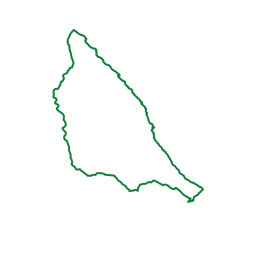 the district of Somondoco, Boyacá, Colombia, rotated 298°
{"feature_id": "7082276B21743509672590", "entity_name": "Somondoco", "entity_type": "district", "adm_level": 2, "iso_a3": "COL", "parent_name": "Colombia", "parent_adm1": "Boyacá", "projection": "equal_earth", "projection_center": [-73.436, 4.962], "detail": "fine", "context": "isolated", "style": "outline", "palette": "green", "viewbox_px": 256, "rotation_deg": 298, "n_neighbors": 0, "source": "geoboundaries", "source_scale": "gbopen_adm2", "svg_char_len": 5766}
<svg xmlns="http://www.w3.org/2000/svg" viewBox="0 0 256 256"><g transform="rotate(298 128 128)"><path d="M174.1,35.3L173.4,37.4L173.0,37.7L170.7,38.9L168.8,40.6L166.7,42.9L165.2,43.9L163.9,45.0L161.0,48.3L160.0,49.2L159.2,49.6L157.3,49.7L155.6,50.2L155.2,50.1L153.9,48.6L153.3,48.4L152.1,48.8L151.7,48.7L150.3,47.9L150.0,47.9L149.1,48.3L148.5,48.4L148.1,48.4L145.3,46.4L144.6,46.1L143.5,46.2L143.0,46.6L142.1,47.7L141.3,48.3L139.5,48.1L138.6,48.2L137.5,47.4L137.1,47.2L135.4,47.6L133.7,48.1L131.5,47.7L130.4,47.9L129.9,47.8L129.5,47.4L128.9,46.7L128.3,45.7L127.6,45.0L126.9,44.8L126.1,44.8L125.3,45.1L124.0,45.9L122.8,46.9L122.1,47.2L120.7,47.4L120.2,47.7L120.0,48.2L120.1,49.1L120.3,49.7L120.3,50.3L120.1,50.9L119.8,51.5L119.2,51.7L117.5,51.8L116.4,51.6L115.9,51.8L115.6,52.2L115.6,52.8L115.6,53.5L115.7,54.8L115.7,55.4L115.2,56.1L114.6,56.4L114.1,56.5L113.6,56.5L112.5,55.9L112.1,55.9L111.6,56.0L111.2,56.5L110.9,57.2L110.4,59.6L110.3,61.3L109.7,63.8L109.2,64.8L108.7,65.6L107.6,66.3L105.6,67.0L104.9,67.6L104.2,68.9L103.6,69.8L102.6,70.9L101.9,71.5L101.2,71.8L100.5,71.7L99.1,71.3L97.5,70.4L96.9,70.5L96.3,71.2L95.9,72.0L95.2,74.4L94.9,75.0L94.5,75.4L93.3,76.0L91.9,75.9L91.0,75.6L90.4,75.7L89.4,76.1L89.0,76.5L88.5,77.2L88.2,78.1L87.6,80.6L87.1,81.2L86.5,81.5L84.1,84.4L83.5,84.8L80.9,86.2L80.4,86.6L78.4,88.9L77.6,89.7L76.7,90.4L74.3,91.5L73.8,92.8L71.9,94.6L71.2,95.0L70.1,95.0L69.7,95.2L69.1,95.9L68.9,97.0L68.8,98.3L68.6,99.2L67.7,100.7L67.2,101.9L67.2,102.3L67.5,103.0L68.5,104.0L68.8,104.5L69.0,105.0L68.3,106.8L68.3,107.8L67.9,109.8L67.6,112.0L67.1,114.2L66.9,114.6L67.7,116.2L68.5,117.8L68.7,118.0L69.1,118.2L69.9,118.7L70.6,119.8L70.9,120.6L71.2,121.2L71.9,121.5L73.1,121.6L73.4,121.9L74.3,122.9L74.4,123.8L75.2,124.9L76.0,127.1L76.1,128.6L76.0,129.9L76.6,131.0L77.8,134.1L78.4,135.2L78.5,135.8L79.1,137.0L79.4,137.9L79.3,138.7L78.9,139.4L78.6,140.9L77.9,142.2L77.1,144.2L76.9,145.0L76.9,146.9L76.8,147.5L76.5,148.0L76.1,148.4L75.9,148.8L75.6,152.4L75.3,154.0L74.6,154.8L74.2,155.7L74.1,157.1L73.9,158.1L73.6,158.5L73.0,158.9L73.2,159.3L74.4,160.5L74.8,161.7L75.1,162.2L76.2,162.7L76.6,163.3L76.9,163.9L77.2,166.0L77.5,166.0L78.4,165.4L80.1,165.0L82.5,165.3L83.3,165.1L83.7,165.3L86.0,167.9L86.5,169.0L86.8,169.5L90.3,172.0L90.6,173.8L93.9,175.4L94.0,177.2L93.9,185.9L94.9,186.5L95.3,186.9L95.7,188.1L95.9,189.8L95.8,191.0L95.1,193.7L95.1,195.3L95.2,195.8L95.6,197.6L97.4,198.2L97.7,198.4L97.7,198.6L97.0,202.5L96.3,205.0L95.3,208.0L95.0,208.9L94.8,216.5L94.1,216.4L92.9,216.0L91.3,216.0L92.0,217.0L92.6,217.5L93.5,218.4L94.2,219.6L94.6,219.7L95.5,219.0L96.6,219.2L97.9,218.7L99.2,219.2L99.5,219.6L101.1,220.6L102.3,221.0L102.7,221.2L104.0,221.1L104.8,221.7L107.4,222.5L108.8,223.1L109.1,222.6L109.5,221.9L109.9,220.7L109.9,219.8L109.6,218.5L110.1,216.0L110.1,215.0L110.3,211.8L109.9,209.9L109.8,208.1L109.9,207.5L110.2,206.9L110.2,206.3L110.4,205.8L110.4,205.2L110.0,203.2L110.4,202.0L111.5,200.5L112.0,199.5L112.5,196.7L112.4,195.2L112.5,194.9L113.0,194.1L114.5,192.9L114.7,192.6L114.9,190.9L115.4,189.5L116.2,187.8L116.5,187.0L116.6,185.3L116.6,184.6L118.0,183.0L118.4,182.7L118.7,182.4L119.0,181.5L119.5,181.1L121.0,178.6L121.3,178.3L121.9,176.7L122.5,176.2L123.0,175.3L123.6,173.5L124.3,172.6L124.3,171.7L124.5,171.5L124.6,170.7L125.2,170.2L125.2,169.7L125.0,169.0L125.1,168.5L125.8,167.9L125.9,167.6L126.6,166.6L126.9,165.5L127.3,163.7L127.9,162.9L128.3,162.0L128.4,161.2L128.6,160.8L129.3,160.0L129.4,159.6L129.4,159.0L129.5,158.8L129.8,157.7L130.2,157.2L130.6,157.0L130.8,156.7L131.1,156.5L131.4,155.5L132.3,155.3L133.0,154.7L133.4,154.5L133.8,154.1L134.6,153.9L135.0,153.3L135.5,153.1L135.7,152.8L135.8,152.5L135.6,152.1L135.7,151.9L136.5,151.1L137.2,149.9L137.5,149.8L138.3,150.4L138.9,150.1L139.1,150.1L139.5,149.8L140.0,150.1L140.3,150.7L140.6,150.8L141.0,150.6L141.0,150.3L141.0,150.0L140.8,149.2L141.3,149.1L141.6,148.6L142.1,148.5L142.4,148.2L142.8,147.3L142.8,146.8L142.8,146.3L142.4,145.8L142.5,145.1L142.8,144.5L143.6,143.7L144.0,142.8L145.3,141.9L145.9,141.1L147.4,139.7L148.5,138.0L149.0,137.8L149.6,138.0L150.0,138.0L150.5,137.3L150.6,136.5L151.0,135.9L152.1,135.7L152.3,135.6L152.4,135.4L152.8,135.1L153.4,135.0L153.6,133.8L154.1,133.6L154.6,133.0L155.1,130.5L155.5,129.6L155.4,128.8L155.5,128.7L156.1,128.7L156.5,128.0L157.0,128.5L157.2,128.2L157.2,127.7L157.6,127.4L157.6,126.9L157.4,126.5L157.5,126.3L158.6,124.4L158.7,122.7L158.8,122.3L159.4,121.8L159.5,121.5L159.4,121.1L159.4,120.8L159.8,119.8L160.1,118.1L160.3,117.7L160.8,117.6L160.9,117.4L161.0,117.1L161.0,116.4L161.4,115.1L162.4,114.6L163.4,113.8L163.6,113.4L163.6,112.5L163.5,111.8L163.7,111.0L163.5,110.6L163.5,110.3L163.8,109.0L164.0,108.7L164.4,108.6L164.6,108.1L164.5,107.1L165.0,106.6L165.2,105.6L165.5,105.0L167.5,103.4L167.6,102.8L167.1,101.7L167.0,101.2L167.6,100.4L167.6,98.9L168.3,97.2L168.3,95.8L168.7,95.4L169.6,94.6L169.8,94.6L169.9,95.5L170.3,95.9L170.5,95.9L170.8,95.7L171.1,95.2L171.7,91.6L172.1,90.6L172.0,89.0L172.3,86.8L173.1,84.5L173.8,83.7L174.3,82.9L174.4,81.4L174.0,80.4L174.1,79.4L173.8,78.8L173.9,77.9L174.9,75.2L175.1,74.9L176.0,74.6L176.2,74.4L176.3,74.0L176.6,73.7L176.7,72.8L177.1,72.2L177.2,71.9L176.9,70.9L177.1,70.2L177.1,69.3L176.7,68.5L176.7,68.0L177.4,66.9L177.6,65.9L177.7,65.7L178.4,65.6L179.2,64.9L179.5,65.0L180.0,64.8L181.3,63.4L182.2,63.4L182.3,63.3L182.2,62.3L182.6,61.7L182.6,61.4L182.2,61.0L182.3,60.4L181.8,59.7L181.9,58.5L181.8,57.4L181.9,56.4L182.7,54.1L183.5,52.3L183.7,51.1L184.3,50.1L184.9,49.4L185.3,49.2L185.6,49.1L186.1,49.5L186.6,49.6L187.2,49.2L187.7,48.1L188.2,47.2L188.6,46.3L188.6,45.9L188.4,45.2L188.6,44.0L188.2,42.9L188.1,41.6L188.1,40.6L188.4,38.0L189.0,35.2L189.1,34.1L185.2,33.1L183.7,32.9L181.1,33.3L179.4,33.2L178.0,33.3L176.8,33.8L174.1,35.3Z" fill="none" stroke="#15803d" stroke-width="2"/></g></svg>